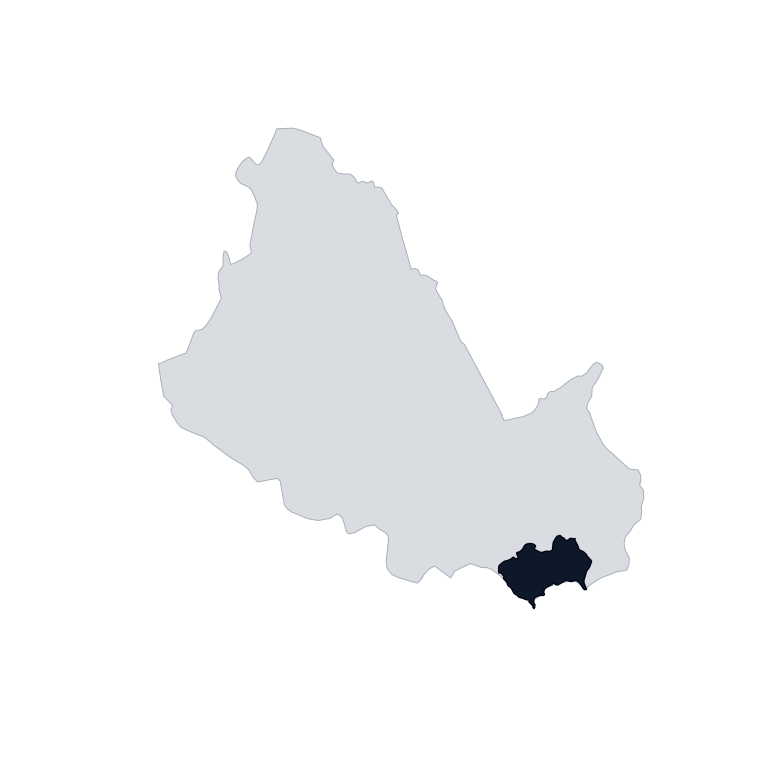 Kénédougou highlighted on a map of Burkina Faso, rotated 243°
{"feature_id": "BFA-2800", "entity_name": "Kénédougou", "entity_type": "Province", "adm_level": 1, "iso_a3": "BFA", "parent_name": "Burkina Faso", "parent_adm1": "", "projection": "orthographic", "projection_center": [-5.0, 11.424], "detail": "fine", "context": "in_parent", "style": "filled", "palette": "ink", "viewbox_px": 768, "rotation_deg": 243, "n_neighbors": 0, "source": "natural_earth", "source_scale": "10m", "svg_char_len": 5429}
<svg xmlns="http://www.w3.org/2000/svg" viewBox="0 0 768 768"><g transform="rotate(243 384 384)"><path d="M557.9,471.1L540.0,472.2L533.4,474.3L529.5,474.4L529.3,472.7L528.9,471.7L506.1,466.6L490.1,463.6L473.9,460.2L473.1,463.7L470.8,465.9L467.3,466.1L464.9,465.6L463.3,468.3L460.7,471.8L456.9,473.6L453.3,475.8L451.3,477.7L449.8,477.8L446.0,473.4L441.1,473.0L431.9,473.9L427.8,472.7L422.1,472.2L408.8,473.3L387.5,471.7L384.1,472.8L383.2,473.6L362.1,474.0L338.9,474.5L319.5,474.9L302.5,475.2L302.4,474.4L297.0,474.4L296.4,475.9L291.7,493.7L291.2,503.4L293.8,509.4L296.7,513.2L300.0,514.8L300.3,516.9L297.8,519.7L298.0,522.6L301.0,525.5L301.8,528.6L300.3,531.9L300.7,539.7L303.1,552.1L303.2,560.1L301.1,563.8L302.1,570.1L306.4,578.9L307.1,582.6L305.7,584.4L302.2,586.7L298.7,586.7L294.5,581.3L292.7,578.9L289.3,573.5L286.5,568.1L282.6,565.7L278.9,563.5L274.3,556.6L269.8,553.3L265.2,554.3L258.4,553.1L244.7,551.4L229.9,552.0L223.8,553.6L217.8,556.1L202.5,561.8L196.4,564.5L191.9,571.5L186.6,571.3L181.4,569.1L178.2,566.0L171.2,566.7L164.4,563.6L157.9,557.6L153.1,555.6L146.9,551.2L145.2,542.9L141.4,537.1L137.8,529.0L132.5,525.3L126.4,523.4L118.0,523.8L112.4,520.5L108.0,515.8L109.2,511.7L111.2,505.9L111.4,500.2L112.7,491.1L112.0,479.7L110.4,471.8L115.1,468.5L120.5,465.5L123.8,460.1L127.3,448.0L128.8,437.5L127.7,433.6L125.9,430.5L124.5,426.0L123.7,420.5L124.7,415.7L128.7,411.2L133.8,407.5L137.4,405.7L147.0,403.8L158.9,401.1L165.8,397.9L170.9,394.8L173.7,392.3L176.5,387.2L181.1,383.2L184.7,379.2L185.2,368.1L185.1,361.8L182.5,358.3L181.0,355.3L198.7,346.6L198.8,340.5L196.3,333.6L192.8,328.1L191.5,323.4L196.4,317.8L200.7,313.6L203.8,310.0L210.8,304.5L218.0,303.1L224.5,305.1L243.9,317.8L247.2,318.6L251.2,317.6L256.3,314.2L262.9,311.5L265.3,303.0L264.9,290.3L266.4,284.6L269.9,283.5L281.0,285.8L283.8,286.0L287.1,285.1L289.4,282.9L289.2,278.8L288.7,275.2L292.2,263.5L298.7,254.7L311.9,243.6L316.0,241.4L320.8,240.2L344.7,247.5L348.6,245.6L354.1,226.9L360.6,225.0L368.3,224.6L373.3,223.0L375.9,221.6L387.1,214.4L406.8,204.5L417.5,200.2L419.5,198.6L427.1,191.7L437.1,183.7L443.5,182.0L452.4,181.3L458.1,182.5L459.7,184.7L461.5,185.8L473.1,182.3L490.0,187.3L504.5,192.3L503.7,195.6L503.7,201.5L502.7,210.7L501.5,221.9L507.7,229.0L515.0,236.6L517.0,239.5L515.3,247.2L516.7,251.6L520.7,259.0L527.3,268.3L534.2,277.9L538.8,279.1L543.2,279.8L545.8,281.5L549.8,283.1L553.6,284.1L557.0,286.2L559.3,288.2L562.2,294.2L569.7,298.0L575.0,301.8L573.0,303.8L566.5,303.2L560.3,301.6L559.6,304.5L559.6,315.5L560.8,324.6L562.2,325.8L568.4,327.4L583.4,339.0L597.0,350.0L601.5,352.8L608.9,353.7L617.1,354.0L620.6,352.9L628.4,347.0L632.7,346.3L636.6,346.3L638.7,347.2L642.7,351.7L646.4,358.6L647.6,363.8L647.3,366.6L646.1,367.6L639.6,369.1L636.8,370.3L636.2,371.8L637.3,375.2L638.6,377.5L646.0,387.4L656.7,400.7L660.0,404.1L658.3,408.3L653.3,419.0L649.5,423.5L632.4,439.0L623.9,437.5L606.0,440.9L603.3,437.5L599.1,437.2L593.9,437.9L592.0,439.2L591.5,440.7L589.7,442.8L586.5,448.9L584.0,450.5L580.8,451.5L576.9,451.4L574.6,452.2L574.7,455.2L574.0,457.8L571.4,459.1L570.4,462.0L570.6,464.9L569.1,466.2L565.7,465.6L563.7,464.8L561.9,468.5L559.6,471.1L557.9,471.1Z" fill="#d9dde1" stroke="#a8b0b8" stroke-width="1"/><path d="M158.3,403.6L159.5,403.2L161.5,402.9L162.5,402.3L163.1,401.6L163.5,400.7L164.5,400.9L165.7,401.4L169.3,403.5L170.1,404.6L171.1,408.8L171.3,410.9L170.5,414.5L170.4,417.7L170.6,418.9L171.0,419.6L171.0,420.5L170.1,421.2L169.0,421.5L168.3,422.2L168.0,423.3L167.8,424.4L168.8,424.9L170.8,424.9L172.5,425.2L173.4,425.9L173.1,427.8L172.9,429.0L173.4,431.2L174.2,433.1L175.4,434.6L176.3,436.2L176.6,437.6L176.3,439.6L175.7,441.4L175.1,442.4L174.1,443.8L172.6,445.0L171.6,445.4L170.8,445.3L170.2,445.0L169.4,443.3L168.6,442.8L163.7,446.3L162.8,447.2L161.9,448.9L161.8,450.5L161.5,452.1L159.7,455.5L159.3,457.1L159.6,458.3L160.1,459.3L160.5,459.7L161.4,459.8L165.8,462.8L166.6,463.8L167.6,465.4L168.8,466.9L169.4,468.3L169.6,469.6L169.5,470.6L169.3,471.6L168.9,472.3L167.5,472.6L166.2,473.3L165.2,474.2L163.4,474.5L161.8,475.3L161.3,476.5L161.5,478.1L161.9,479.5L161.5,480.7L160.5,481.8L159.6,483.7L159.3,484.0L158.8,483.5L157.8,483.2L151.8,483.2L148.7,482.7L147.3,482.8L144.2,485.4L140.5,486.8L138.6,486.8L135.0,487.8L133.8,488.3L131.7,488.4L130.6,487.3L127.7,484.1L126.8,482.6L126.0,480.8L125.1,479.3L118.3,473.0L116.2,471.9L110.1,471.3L109.4,471.4L109.2,470.7L109.5,469.6L110.5,468.9L117.5,468.0L118.7,467.7L119.8,467.2L121.5,466.1L122.2,465.1L122.7,462.2L123.3,460.6L125.5,458.3L126.4,456.8L126.5,455.7L126.1,448.2L126.4,446.9L127.4,446.0L129.0,445.3L129.5,444.6L129.5,443.7L129.1,442.1L129.1,436.2L128.4,433.7L126.0,431.6L125.2,431.5L124.5,431.6L123.8,431.5L123.3,430.7L123.3,429.9L123.7,429.1L124.2,428.3L124.6,427.6L125.2,424.8L125.3,423.3L125.3,422.0L124.7,420.6L123.9,419.6L122.8,418.9L121.4,418.3L120.7,418.1L120.1,418.0L118.9,418.3L118.6,418.0L116.8,416.9L116.4,416.8L116.0,416.0L116.0,415.6L116.4,415.5L117.4,415.3L117.7,415.4L118.6,416.1L119.0,416.2L119.3,416.1L119.9,415.5L120.1,415.4L122.5,415.0L122.8,414.8L123.1,414.6L123.4,414.4L123.8,414.3L124.3,414.6L124.7,414.9L125.1,415.0L125.6,415.0L126.1,414.6L127.5,412.6L130.2,410.4L132.0,408.3L133.1,407.4L135.2,406.7L137.6,405.3L138.6,404.9L139.7,404.8L142.4,404.9L143.7,404.7L144.5,404.8L145.2,404.6L145.9,404.2L146.5,403.6L148.1,403.0L149.6,403.1L151.1,403.5L152.5,403.5L155.5,402.4L157.0,402.5L158.3,403.6Z" fill="#0f172a" stroke="#020617" stroke-width="1.5"/></g></svg>